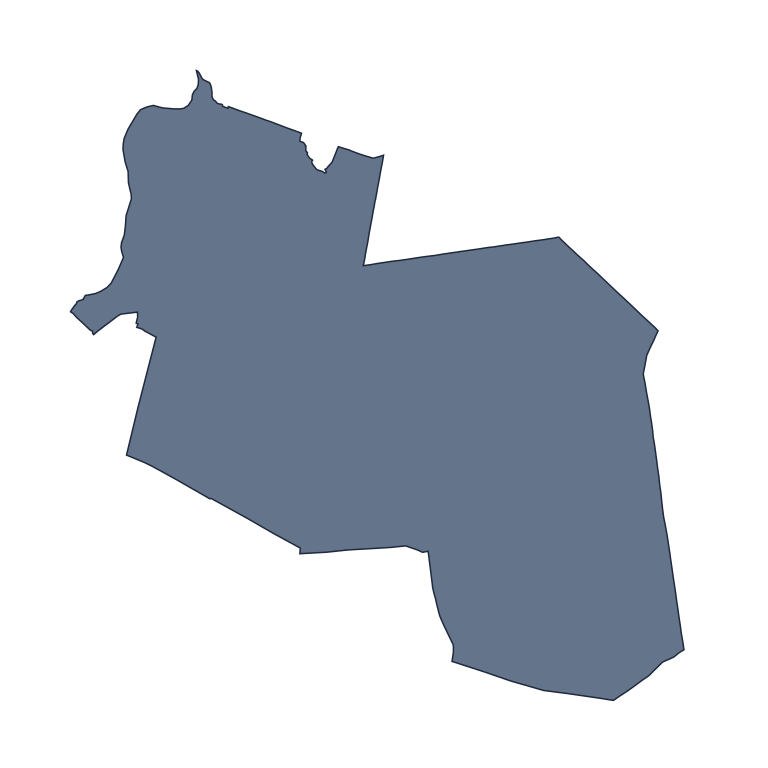 Nadlac, Arad, Romania, rotated 94°
{"feature_id": "2599482B59122351602486", "entity_name": "Nadlac", "entity_type": "district", "adm_level": 2, "iso_a3": "ROU", "parent_name": "Romania", "parent_adm1": "Arad", "projection": "equal_earth", "projection_center": [20.774, 46.211], "detail": "fine", "context": "isolated", "style": "filled", "palette": "slate", "viewbox_px": 768, "rotation_deg": 94, "n_neighbors": 0, "source": "geoboundaries", "source_scale": "gbopen_adm2", "svg_char_len": 4303}
<svg xmlns="http://www.w3.org/2000/svg" viewBox="0 0 768 768"><g transform="rotate(94 384 384)"><path d="M316.4,688.1L318.7,689.2L320.4,689.8L320.2,690.0L321.3,691.4L322.0,693.4L322.2,694.1L323.3,695.9L325.3,696.5L327.7,698.3L331.4,700.6L333.8,701.8L334.6,700.4L335.3,699.0L337.8,696.5L339.0,695.3L343.9,689.1L350.7,680.9L351.6,678.4L353.8,678.2L355.0,677.1L350.9,672.9L345.8,667.1L340.8,661.3L335.0,654.8L332.7,651.4L332.0,647.9L329.5,635.0L334.3,634.4L339.3,635.3L340.8,635.4L341.3,633.6L344.7,634.6L346.1,629.1L348.1,626.0L348.6,624.7L353.2,614.6L425.2,627.9L472.9,635.9L478.8,618.2L482.0,610.1L492.9,586.5L510.7,549.7L510.2,548.5L527.3,511.6L536.2,493.3L541.4,482.6L553.5,456.1L559.2,456.1L559.1,455.5L555.8,429.5L552.0,408.0L549.0,384.5L546.7,366.9L544.0,351.0L547.3,338.8L549.2,333.8L547.8,328.3L579.1,322.1L583.5,321.3L588.6,319.8L594.7,317.6L598.1,316.6L607.5,313.6L611.2,312.3L614.3,310.8L621.6,306.9L631.2,301.4L639.0,296.9L641.5,296.4L647.0,296.1L656.0,296.8L664.1,264.2L670.9,238.9L671.7,235.7L678.6,203.2L680.0,179.3L682.5,145.5L683.1,139.4L683.4,135.6L683.6,133.2L683.3,132.6L678.7,126.9L674.0,120.6L669.8,115.5L665.8,110.8L660.9,105.0L656.4,99.3L651.2,94.9L646.9,91.0L642.0,86.8L639.0,81.1L636.2,75.9L631.7,71.1L628.1,66.2L627.8,66.3L619.7,68.1L611.6,70.1L603.8,71.7L595.8,73.5L588.1,75.1L580.1,76.9L572.2,78.5L564.1,80.3L556.5,82.0L548.1,83.8L540.3,85.5L532.2,87.2L522.4,89.4L514.4,91.2L505.5,93.5L497.4,95.7L489.7,97.3L481.5,98.8L473.7,100.1L465.5,101.9L457.4,103.3L449.7,105.0L441.6,106.6L433.8,108.2L426.1,109.8L423.1,110.5L418.1,111.8L412.0,112.7L403.9,114.4L399.0,115.6L389.2,117.6L381.4,119.6L373.3,121.7L364.8,123.7L360.5,124.9L356.0,126.1L346.5,124.9L337.2,123.9L331.4,121.8L325.7,119.6L321.6,117.9L316.2,116.0L311.9,114.3L309.4,116.9L305.0,122.3L300.9,127.5L296.8,132.6L292.2,138.1L288.3,142.8L284.2,147.8L280.1,152.8L276.5,157.4L272.2,162.6L269.6,165.8L264.0,172.5L258.8,178.8L254.8,183.9L251.5,188.0L247.0,193.2L243.7,197.6L240.2,202.0L237.9,204.7L233.7,210.0L229.5,215.1L225.3,219.9L225.8,222.2L226.4,223.9L227.6,229.2L229.2,236.3L230.6,243.2L232.4,251.1L233.7,257.4L235.3,264.5L236.7,271.5L238.3,278.5L239.9,285.7L240.3,288.4L241.5,293.8L242.9,299.9L244.3,306.6L245.9,313.9L246.4,316.6L247.4,320.9L248.9,328.1L249.4,330.1L250.5,335.1L252.2,342.1L253.5,349.0L255.0,356.3L256.6,363.3L258.2,370.3L259.7,377.3L261.0,384.5L262.6,391.6L264.0,398.0L264.1,398.5L265.9,405.7L267.4,412.9L263.4,412.3L259.1,411.8L254.8,411.5L251.5,411.1L243.6,410.1L235.6,409.4L227.6,408.5L223.9,408.1L221.8,407.8L219.1,407.5L217.0,407.3L212.0,406.8L207.4,406.2L202.2,405.7L199.9,405.2L199.0,405.2L193.8,404.6L187.9,404.0L179.8,403.0L171.8,402.2L163.8,401.2L159.1,400.7L155.8,400.4L158.0,406.0L159.5,410.4L158.0,417.5L156.0,425.5L153.9,432.6L153.1,434.6L151.9,439.9L150.4,446.1L151.6,446.6L156.8,448.2L162.7,450.1L166.4,451.3L170.8,454.8L173.0,456.2L174.0,457.9L176.7,456.2L177.5,456.8L177.7,457.4L177.0,459.1L176.2,460.3L175.8,462.2L175.4,463.7L175.1,465.4L174.0,466.9L170.3,470.1L168.8,471.2L167.5,471.5L166.2,471.4L165.9,470.9L165.4,471.2L165.0,472.0L164.1,473.6L163.1,474.7L160.1,476.8L158.5,476.5L157.4,477.7L156.3,478.3L153.6,478.4L151.8,478.6L151.8,479.2L150.7,479.4L148.7,481.2L148.2,483.2L147.7,484.8L146.5,484.8L144.6,484.9L140.4,483.9L139.6,483.8L137.2,491.9L135.4,498.4L133.5,504.6L131.6,510.9L130.1,515.8L129.1,519.9L127.3,525.9L126.4,529.1L123.9,538.0L123.3,540.1L121.4,547.3L120.2,551.3L118.1,558.6L119.8,559.1L118.2,564.4L116.8,564.6L116.6,565.0L116.2,565.5L116.2,567.9L115.5,570.1L113.5,571.9L113.3,572.2L112.4,573.9L110.3,575.2L108.6,575.7L104.8,575.9L102.7,576.5L100.6,576.8L99.6,577.1L96.8,578.3L96.0,578.8L95.4,579.6L94.0,583.1L93.0,585.5L91.9,586.8L86.7,590.0L85.8,590.8L85.0,591.6L84.7,592.1L84.6,592.3L84.4,593.0L87.9,591.9L93.0,590.3L98.2,590.2L102.2,591.3L105.2,593.8L108.7,595.3L114.1,595.5L119.6,598.6L122.9,602.9L123.8,606.6L124.2,612.5L124.0,624.3L122.2,633.5L123.9,639.1L125.7,642.9L127.5,646.2L132.2,649.4L147.6,657.1L157.0,660.3L162.7,660.9L168.5,660.7L180.6,657.7L189.8,654.1L200.9,653.0L207.0,651.2L212.1,649.5L216.8,648.9L234.0,653.0L244.9,653.0L253.7,653.5L261.3,655.7L266.0,655.9L270.1,654.9L275.9,652.7L287.5,656.8L295.1,660.0L302.6,663.3L307.1,667.1L311.5,673.4L313.9,678.2L316.0,685.8L316.4,688.1Z" fill="#64748b" stroke="#1e293b" stroke-width="1.5"/></g></svg>